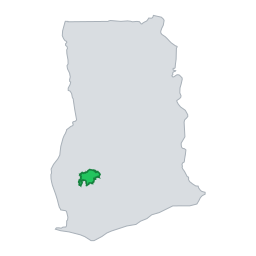 location of Atwima Mponua, Ashanti, Ghana
{"feature_id": "2480657B25907117051030", "entity_name": "Atwima Mponua", "entity_type": "district", "adm_level": 2, "iso_a3": "GHA", "parent_name": "Ghana", "parent_adm1": "Ashanti", "projection": "mercator", "projection_center": [-2.226, 6.556], "detail": "fine", "context": "in_parent", "style": "filled", "palette": "green", "viewbox_px": 256, "rotation_deg": 0, "n_neighbors": 0, "source": "geoboundaries", "source_scale": "gbopen_adm2", "svg_char_len": 6233}
<svg xmlns="http://www.w3.org/2000/svg" viewBox="0 0 256 256"><path d="M161.4,17.2L163.6,19.3L164.1,20.5L163.3,25.1L161.7,28.4L160.7,31.4L160.8,32.9L161.8,34.4L165.2,36.7L166.9,38.3L169.0,40.6L171.3,42.9L175.4,45.8L177.1,46.4L177.0,47.2L176.4,48.3L176.1,59.3L175.7,62.2L175.5,63.6L175.1,67.7L174.7,68.3L173.9,68.3L173.2,68.4L173.0,69.2L173.3,70.1L175.7,70.7L175.2,71.3L173.4,71.9L172.6,73.1L172.9,74.5L171.9,75.6L172.2,76.4L172.9,77.0L173.9,76.8L176.7,74.9L177.9,74.7L179.4,75.1L182.1,77.9L182.2,79.4L181.1,84.2L180.0,87.9L179.8,92.9L181.0,95.7L180.8,97.2L179.6,98.6L176.8,100.5L177.0,101.8L178.3,104.2L180.6,107.0L185.3,110.3L187.7,114.7L187.8,116.5L186.3,118.3L184.7,119.8L184.1,122.1L184.9,136.8L181.2,143.1L181.2,144.9L181.5,147.0L182.5,148.3L184.4,148.7L185.9,149.9L185.4,154.4L184.6,158.9L184.4,161.1L184.0,162.2L182.5,163.0L182.0,164.5L182.4,166.2L182.1,167.5L182.9,169.2L184.5,171.4L187.2,176.6L188.3,177.0L188.7,178.1L188.4,179.2L189.5,181.5L192.4,183.8L195.6,185.9L198.1,186.1L198.7,188.0L200.4,190.3L201.6,191.3L203.5,191.9L205.1,192.3L205.1,194.2L202.3,195.6L200.4,197.6L198.9,200.6L196.9,204.0L189.9,205.8L187.2,205.8L172.8,205.9L159.4,212.5L151.7,214.8L146.9,218.6L140.5,221.2L136.0,224.4L126.7,226.0L111.5,231.0L106.8,233.0L101.9,236.5L94.1,240.6L91.0,240.6L84.9,236.7L80.3,234.8L69.0,231.9L60.6,230.7L56.5,229.5L55.4,229.2L56.3,227.9L58.7,227.8L61.2,228.2L63.0,227.1L65.8,227.0L66.5,225.9L66.7,223.1L66.7,220.9L67.6,219.9L67.9,217.2L66.5,211.4L65.6,210.7L60.7,209.9L60.3,208.7L59.4,207.5L58.5,204.4L57.4,199.9L55.7,194.4L52.4,185.2L51.6,181.9L51.0,178.6L50.9,174.6L51.5,173.2L51.4,171.1L51.1,169.1L53.5,164.4L58.0,158.6L59.0,156.6L59.8,155.1L60.0,153.1L60.8,146.4L63.0,138.3L64.3,135.2L65.3,133.6L66.4,130.9L66.7,129.6L70.9,126.4L72.8,125.6L73.2,124.3L72.6,122.9L72.9,122.0L73.9,121.5L75.4,121.2L76.6,119.9L74.8,109.9L73.3,99.9L73.3,99.0L72.4,97.6L71.6,93.5L70.1,91.1L68.2,90.4L68.2,88.1L70.2,84.3L70.7,82.0L69.7,81.4L69.6,79.6L70.3,76.8L69.9,75.0L69.6,73.2L67.5,68.8L67.0,65.7L68.1,63.9L68.0,59.9L66.9,53.8L66.7,49.9L67.5,48.3L67.1,46.7L65.6,45.3L65.5,43.9L66.8,42.5L66.6,41.4L65.0,40.6L63.6,38.7L62.3,35.7L62.6,30.9L65.0,22.1L65.3,21.3L68.0,21.4L68.0,21.8L76.4,21.7L86.1,21.6L97.6,21.5L108.1,21.4L108.6,21.0L110.3,20.5L120.9,21.4L127.5,20.9L130.3,21.2L132.4,21.8L136.9,21.4L139.4,21.7L141.2,23.9L142.0,23.9L143.0,22.9L144.8,21.9L146.7,21.0L148.0,19.3L148.8,18.0L150.0,18.2L151.8,18.2L152.9,17.1L153.4,15.4L161.4,17.2Z" fill="#d9dde1" stroke="#a8b0b8" stroke-width="1"/><path d="M97.4,171.3L97.5,171.4L97.5,171.5L97.3,171.7L96.9,171.6L96.7,171.4L96.4,171.4L96.4,171.5L96.6,171.6L96.6,171.8L96.3,171.7L96.3,171.9L96.3,172.1L96.1,172.2L96.1,172.4L95.9,172.5L95.7,172.3L95.9,172.2L95.8,171.9L95.4,171.5L95.2,171.4L95.2,171.1L95.2,170.9L95.3,170.7L95.1,170.5L94.8,170.2L94.6,170.2L94.4,170.3L94.5,170.5L94.4,170.5L94.4,170.9L94.2,171.0L93.9,170.4L93.8,170.2L93.5,170.0L92.8,170.3L92.3,170.0L92.2,170.0L91.7,169.9L91.0,169.9L90.4,169.8L90.2,169.8L90.0,169.6L89.9,169.8L89.3,169.8L88.0,170.6L87.9,170.7L88.0,171.1L87.3,171.9L87.3,172.0L87.1,172.1L86.9,172.2L86.7,172.4L86.2,172.4L86.1,172.2L86.0,172.3L85.9,172.1L85.8,172.3L85.7,172.4L85.7,172.6L85.4,172.9L85.2,172.7L84.7,172.6L84.4,172.6L84.3,172.8L84.2,172.9L84.1,172.7L83.8,172.8L83.7,172.9L83.7,173.1L83.5,173.3L83.4,173.2L83.1,173.1L82.8,173.1L82.6,172.9L82.6,173.0L82.4,173.0L82.4,172.9L82.2,172.9L81.9,172.9L81.9,173.1L81.6,173.3L81.5,173.2L81.4,173.4L81.5,173.5L81.4,173.7L81.2,173.7L81.2,173.8L80.9,173.7L80.9,173.9L80.7,173.9L80.6,174.0L80.4,174.0L80.2,174.0L79.9,174.2L79.8,174.3L79.7,174.3L79.8,174.6L80.0,174.5L80.4,174.7L80.3,174.8L80.4,175.0L80.2,175.0L80.3,174.9L80.2,175.1L80.3,175.4L80.5,175.5L80.4,175.7L80.5,175.8L80.4,175.9L80.6,176.0L80.8,176.0L80.8,176.4L80.9,176.5L80.9,176.4L81.0,176.3L81.2,176.5L80.9,176.9L81.0,177.3L80.7,177.5L80.8,177.8L80.9,178.1L81.1,178.2L81.1,178.3L81.1,178.5L80.9,178.5L80.9,178.9L80.7,179.0L80.3,179.1L80.3,179.4L80.4,179.7L80.1,179.6L79.9,179.8L79.9,180.0L79.8,179.9L79.7,180.0L79.8,180.2L79.7,180.2L79.7,180.3L79.6,180.2L79.4,180.1L79.4,180.3L79.4,180.5L79.5,180.6L79.4,180.7L79.5,180.8L79.4,180.8L79.4,180.7L79.3,180.8L79.2,180.8L79.1,181.0L79.0,181.3L78.8,181.3L78.8,181.6L78.7,181.7L78.7,181.8L78.9,181.8L78.9,182.0L78.6,182.1L78.6,182.3L78.5,182.2L78.6,182.3L78.9,182.4L78.8,182.8L78.9,182.6L79.0,182.6L79.0,182.8L79.3,183.0L79.5,183.1L79.4,183.2L79.3,183.3L79.4,183.5L79.3,184.0L79.2,184.4L79.3,184.6L79.2,184.7L79.3,184.8L79.2,184.9L79.3,185.2L79.5,185.2L79.9,185.1L80.3,185.0L80.3,185.4L80.6,185.7L80.6,185.2L80.8,185.1L81.0,185.1L81.0,184.9L81.3,184.5L81.6,183.9L81.9,183.5L82.2,182.2L82.0,181.9L81.9,181.7L82.0,181.7L81.8,181.7L82.0,181.4L81.9,181.1L81.7,180.9L81.6,180.6L81.9,180.4L82.2,180.5L82.4,180.1L82.5,180.2L83.0,180.2L83.3,180.3L83.4,180.2L83.5,180.4L83.9,180.1L84.5,180.3L85.0,180.2L85.6,180.7L85.8,180.8L85.8,181.0L86.0,181.2L86.0,181.3L86.2,181.6L86.1,182.0L86.1,182.3L86.1,182.6L86.3,182.7L86.3,182.9L86.2,183.1L86.4,183.3L86.5,183.6L86.4,183.8L86.5,184.0L86.7,184.6L86.7,184.9L86.6,185.0L86.6,185.3L86.4,185.5L86.3,186.2L86.4,185.9L86.8,185.6L87.0,185.4L87.2,184.9L87.7,184.8L88.6,184.3L88.7,184.0L88.6,183.9L88.6,183.7L88.9,183.6L89.0,183.7L89.2,183.2L89.2,182.9L89.3,182.9L89.8,182.9L90.1,182.8L90.3,182.9L90.6,183.0L90.8,183.0L91.4,183.2L91.7,183.5L92.2,183.5L92.4,183.6L92.5,183.6L92.4,183.4L92.5,183.3L92.5,183.2L92.7,182.9L92.6,182.7L92.6,182.4L92.8,182.3L93.0,182.3L93.2,182.2L93.5,182.1L93.4,181.9L93.1,181.9L93.7,181.4L94.0,181.1L93.9,180.8L94.0,180.6L94.0,180.2L94.2,179.8L93.9,179.0L93.9,178.9L94.0,179.0L94.4,179.3L94.5,179.3L94.5,179.2L95.0,179.2L94.8,179.0L94.7,178.8L94.8,178.8L94.9,178.7L95.1,178.7L95.1,178.4L95.3,178.3L95.2,178.2L95.6,177.5L95.5,177.4L96.4,177.2L96.6,177.0L97.2,176.9L97.4,176.6L97.5,176.7L97.5,176.8L97.6,176.7L97.8,176.8L98.3,176.7L98.3,176.8L98.2,176.9L98.1,177.1L98.3,177.2L98.4,177.3L98.5,177.3L98.9,177.2L99.1,177.3L99.0,177.1L99.1,176.8L99.0,176.7L99.0,176.4L99.2,176.1L99.2,175.7L99.3,175.6L99.5,175.5L99.7,175.0L100.0,174.7L100.1,174.3L99.7,174.1L99.5,173.3L99.0,173.1L98.9,172.9L98.9,172.7L98.6,172.5L98.2,172.3L98.1,172.2L98.0,171.9L97.9,171.8L97.9,171.7L97.7,171.6L97.7,171.4L97.4,171.3Z" fill="#22c55e" stroke="#15803d" stroke-width="1.5"/></svg>